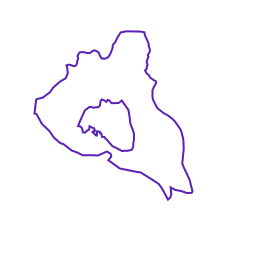 the district of Oyun, Kwara, Nigeria, rotated 145°
{"feature_id": "59680162B5525087107293", "entity_name": "Oyun", "entity_type": "district", "adm_level": 2, "iso_a3": "NGA", "parent_name": "Nigeria", "parent_adm1": "Kwara", "projection": "equal_earth", "projection_center": [4.677, 8.186], "detail": "fine", "context": "isolated", "style": "outline", "palette": "violet", "viewbox_px": 256, "rotation_deg": 145, "n_neighbors": 0, "source": "geoboundaries", "source_scale": "gbopen_adm2", "svg_char_len": 2588}
<svg xmlns="http://www.w3.org/2000/svg" viewBox="0 0 256 256"><g transform="rotate(145 128 128)"><path d="M186.9,204.0L196.3,193.5L195.0,192.1L195.2,189.1L196.2,181.0L194.1,170.6L194.2,162.4L192.2,154.7L190.0,151.5L187.0,141.8L183.5,136.8L180.6,131.5L174.4,127.3L168.3,122.7L158.8,120.8L157.0,116.9L158.1,114.2L162.6,112.9L161.2,109.1L160.5,106.9L158.0,99.6L146.1,87.1L143.1,84.3L137.0,69.9L135.0,64.8L134.8,60.2L135.2,55.4L136.3,46.4L133.3,46.8L130.6,48.8L127.1,54.9L125.1,50.6L120.0,45.1L117.2,41.1L113.0,38.3L111.5,39.1L107.2,50.4L106.6,53.9L105.0,63.1L104.0,67.7L102.0,70.0L94.2,79.1L89.4,86.6L86.6,93.7L85.8,96.9L85.8,100.4L85.8,106.4L86.6,111.0L88.4,116.1L90.4,119.9L90.9,121.8L92.6,127.7L91.2,137.2L89.8,139.9L86.4,144.7L83.6,146.6L78.9,148.9L78.4,150.8L79.3,152.0L80.8,156.0L80.9,157.3L80.6,159.1L81.4,162.2L81.0,165.4L78.8,165.8L77.6,167.2L75.6,168.8L75.3,170.6L73.9,172.3L70.4,174.7L70.0,176.4L67.7,177.3L66.3,178.2L65.3,179.3L64.6,181.1L64.1,183.2L63.3,184.2L62.4,186.2L61.8,189.7L60.9,194.8L60.2,195.7L59.7,197.0L62.6,199.9L73.7,208.0L79.2,210.5L83.9,208.6L89.2,205.7L91.2,205.1L92.8,204.7L95.1,202.1L99.7,199.0L102.1,198.0L103.8,197.3L107.2,198.0L109.6,199.9L109.7,202.0L108.8,206.4L109.1,207.5L109.6,209.0L111.0,211.0L113.7,211.4L116.3,211.2L118.6,213.1L121.5,216.2L124.4,217.7L128.1,216.0L128.8,213.6L130.9,212.2L132.4,210.5L132.9,210.2L134.5,209.0L136.8,209.5L138.4,211.9L140.3,214.0L142.5,214.6L143.1,212.5L145.9,207.4L150.4,204.5L155.0,204.8L157.0,205.0L161.8,204.5L166.1,204.0L171.4,202.1L175.4,201.9L177.5,201.8L180.5,201.8L184.9,203.5L186.9,204.0ZM117.3,142.6L119.3,138.3L121.1,134.7L123.5,130.4L125.2,123.6L125.5,122.3L126.3,120.2L128.4,117.0L129.3,115.6L132.5,112.3L134.5,109.6L137.5,108.0L139.6,108.8L142.0,109.9L143.2,111.0L145.9,112.3L147.7,115.7L148.6,117.4L149.4,119.2L150.7,121.0L151.1,122.4L151.4,123.0L151.3,123.8L151.5,125.0L151.7,126.2L152.0,130.4L152.6,132.9L152.5,134.3L154.4,135.6L153.0,138.8L153.8,139.5L153.2,141.1L153.8,141.5L154.2,142.1L155.2,143.0L156.5,141.5L157.9,139.7L158.1,139.7L158.3,139.8L158.7,141.3L158.7,143.0L158.9,143.0L159.1,143.2L158.7,143.9L159.4,144.9L158.5,145.3L156.5,144.7L156.0,147.3L156.5,147.6L158.5,151.5L160.7,149.0L163.8,149.3L165.6,148.8L167.3,150.2L165.8,154.4L166.0,156.3L167.8,158.2L164.1,160.7L158.6,164.0L156.3,165.3L153.4,167.1L148.7,167.3L147.5,167.4L145.6,165.8L145.0,164.7L142.1,163.1L140.4,162.2L139.2,162.1L138.0,162.6L135.1,165.7L133.2,166.5L131.8,164.6L130.7,161.8L128.4,162.6L127.4,161.2L127.5,159.8L127.3,157.8L121.4,153.9L117.3,154.0L117.3,142.6Z" fill="none" stroke="#5b21b6" stroke-width="2"/></g></svg>